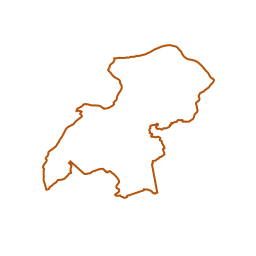 Breves, Pará, Brazil, rotated 73°
{"feature_id": "56859067B92233962013090", "entity_name": "Breves", "entity_type": "district", "adm_level": 2, "iso_a3": "BRA", "parent_name": "Brazil", "parent_adm1": "Pará", "projection": "equal_earth", "projection_center": [-50.568, -1.157], "detail": "fine", "context": "isolated", "style": "outline", "palette": "amber", "viewbox_px": 256, "rotation_deg": 73, "n_neighbors": 0, "source": "geoboundaries", "source_scale": "gbopen_adm2", "svg_char_len": 5882}
<svg xmlns="http://www.w3.org/2000/svg" viewBox="0 0 256 256"><g transform="rotate(73 128 128)"><path d="M70.8,54.7L69.8,55.3L68.4,55.8L66.9,56.8L65.9,57.0L64.7,57.8L63.8,58.9L63.1,60.0L60.8,64.2L60.7,64.9L60.4,66.5L60.1,68.6L60.0,71.6L60.1,73.4L60.7,79.6L61.0,81.2L61.7,83.5L62.0,85.4L62.2,87.5L62.6,89.4L62.6,90.7L62.4,92.6L62.5,94.2L62.3,95.2L62.3,96.1L61.8,98.2L61.6,99.9L61.7,101.4L60.8,104.2L60.9,106.6L60.8,107.3L60.2,108.5L60.0,110.6L59.4,112.8L59.3,113.5L58.4,115.6L58.2,116.6L58.0,118.2L57.7,119.6L57.4,120.7L58.3,120.8L59.0,121.1L60.2,122.1L61.0,123.2L61.6,124.4L62.1,125.8L62.5,126.5L62.9,127.0L64.3,127.8L65.2,128.6L65.6,129.1L66.5,130.0L67.2,130.0L67.8,129.7L70.2,128.4L72.9,127.5L74.7,126.5L75.9,125.6L78.6,123.0L80.0,122.1L80.9,122.0L82.7,122.4L84.8,121.9L85.6,121.8L86.5,121.9L88.1,122.4L90.1,124.2L92.2,126.9L92.9,127.4L93.8,128.5L94.9,129.3L96.3,129.9L97.8,130.9L98.2,131.6L98.5,132.6L99.2,133.9L99.4,134.2L99.8,134.4L101.0,134.3L101.3,134.5L101.5,134.8L102.4,137.2L102.7,138.6L103.0,140.6L103.1,142.2L102.8,144.2L102.6,145.3L101.9,145.4L101.5,146.2L100.0,147.2L98.6,148.7L97.9,149.9L96.9,152.4L96.3,154.7L95.6,156.4L95.0,157.5L94.1,158.7L93.6,159.9L92.9,160.7L92.9,161.4L92.8,162.0L92.5,162.4L92.5,163.4L92.6,163.9L92.9,164.1L93.2,164.6L94.0,166.5L94.5,169.8L94.8,170.7L95.0,171.1L96.2,172.1L96.7,172.3L96.7,171.7L97.0,170.3L97.8,169.0L97.9,168.6L98.2,168.1L98.8,167.6L99.1,167.8L99.5,168.6L99.8,169.0L100.1,169.4L100.6,169.7L102.0,168.8L103.4,168.6L104.1,169.9L104.5,171.3L105.6,174.2L106.9,177.0L108.0,178.3L108.5,179.2L109.4,184.7L109.8,185.7L110.7,187.4L112.2,189.0L113.6,190.2L115.1,191.9L116.6,193.2L118.3,195.3L119.1,196.5L120.8,198.0L121.7,199.0L122.1,199.8L123.5,201.0L124.2,202.1L124.9,203.2L125.2,204.2L126.0,206.1L127.0,209.5L127.7,211.0L128.0,211.2L129.5,211.8L130.4,212.3L131.0,212.9L132.5,215.2L133.0,215.6L133.4,215.6L134.6,215.1L135.1,215.1L135.7,215.5L136.8,216.7L137.2,217.4L138.6,219.2L139.6,220.2L141.0,220.8L141.3,220.8L141.8,220.4L142.5,220.2L142.9,220.3L144.3,221.2L144.7,221.3L148.0,222.3L149.8,222.7L152.4,223.7L153.8,224.0L156.1,224.0L157.1,223.8L158.8,224.0L160.7,224.0L162.8,224.2L163.1,223.9L163.3,222.4L163.2,221.7L162.4,220.7L161.7,220.3L161.5,219.3L160.9,217.7L159.7,215.3L159.2,213.4L159.0,212.7L157.4,210.5L157.3,210.0L157.4,209.4L158.0,206.8L158.1,206.1L157.9,203.7L157.7,203.1L155.6,199.2L154.6,198.0L154.4,197.3L154.4,196.3L154.3,195.6L153.8,195.3L152.8,195.7L152.0,195.2L150.9,195.1L150.4,194.9L148.8,193.9L148.5,193.5L148.1,193.3L147.4,193.4L146.7,192.9L146.4,193.2L146.0,193.4L145.4,194.0L145.1,194.2L144.7,194.1L144.1,194.6L143.7,193.6L143.1,192.8L159.0,183.3L159.7,181.4L159.9,180.6L159.9,180.0L159.8,179.3L160.3,177.2L159.4,175.4L159.2,173.1L159.3,171.9L159.2,171.5L159.1,168.8L158.9,168.5L159.1,168.0L159.1,166.9L159.3,166.5L159.3,165.5L159.4,165.0L159.5,164.6L159.6,164.1L160.0,163.6L160.6,163.5L160.9,163.1L162.5,162.4L162.8,162.1L163.0,161.7L163.3,162.0L163.6,161.9L164.0,161.6L164.1,160.8L164.4,160.3L163.8,158.0L164.8,157.2L166.5,156.3L168.2,154.9L169.8,154.2L171.0,153.5L174.1,152.4L175.6,152.1L176.5,152.2L177.0,152.3L177.3,152.5L177.9,153.1L179.9,155.8L181.2,156.5L182.1,156.4L183.3,155.3L183.9,154.7L184.3,154.6L184.7,154.5L185.4,154.7L186.1,155.2L186.6,155.9L187.4,158.6L187.8,159.7L188.3,159.8L189.0,159.4L189.2,159.1L189.9,157.3L190.2,155.3L190.9,155.0L191.5,154.5L192.1,153.9L192.6,153.1L192.9,152.7L193.5,152.3L193.9,151.8L193.7,149.2L192.7,148.8L192.2,131.3L191.9,131.2L191.2,130.6L191.9,129.5L192.4,127.6L192.7,127.1L193.9,125.8L194.0,125.3L194.3,124.8L195.9,123.7L196.5,123.4L196.9,123.5L197.2,123.3L197.6,122.5L198.2,122.2L198.6,121.7L198.6,121.2L198.2,120.2L198.5,119.3L198.4,118.9L169.7,115.7L169.3,114.9L168.7,114.4L167.9,114.5L167.1,114.2L166.8,113.9L166.8,113.2L167.3,111.7L167.2,111.1L166.6,110.2L166.1,107.7L165.9,107.2L165.1,106.2L165.3,104.5L164.7,103.3L164.6,102.3L164.2,101.9L164.1,101.3L163.8,100.8L162.8,100.7L161.9,100.5L161.2,100.8L160.1,100.9L158.9,100.9L158.3,100.6L158.1,100.1L158.3,99.7L158.2,99.1L157.8,99.0L156.2,98.9L152.6,99.9L151.3,99.7L150.6,99.7L150.2,99.9L149.3,100.9L148.8,101.1L148.5,101.0L147.8,100.4L147.3,100.1L146.8,100.1L146.4,100.4L145.4,101.5L145.1,102.0L145.0,102.7L144.9,104.3L144.8,105.0L144.1,105.8L143.8,106.3L143.2,108.2L142.9,108.4L142.5,108.2L141.7,107.2L141.2,106.7L140.8,106.7L140.4,106.8L140.1,107.3L139.8,108.2L139.4,108.6L139.1,108.7L137.8,108.0L136.8,108.2L136.0,108.2L134.6,106.5L133.1,106.5L132.8,106.2L132.5,105.6L132.4,104.9L132.6,102.8L133.0,101.4L133.0,100.7L132.8,100.0L132.4,99.4L132.4,98.9L132.7,98.4L133.5,98.3L133.9,98.5L134.1,98.9L134.5,99.9L135.1,100.7L135.5,101.0L136.0,101.0L137.3,100.3L137.6,99.9L137.8,98.2L138.0,97.8L138.3,97.3L139.3,96.5L139.4,96.1L139.5,95.6L139.3,95.2L138.7,94.4L138.7,93.6L139.3,92.7L139.4,92.1L139.3,89.8L138.7,87.6L138.5,87.3L138.1,87.2L137.7,87.3L137.4,87.1L137.3,86.5L137.5,85.9L137.2,85.4L136.0,85.2L135.8,84.9L135.9,84.5L136.4,83.7L136.4,83.1L136.0,82.3L136.1,81.5L136.4,79.8L136.0,79.3L135.6,78.9L135.3,78.5L135.1,77.9L135.0,77.4L135.7,76.3L136.3,73.7L136.6,73.5L137.4,74.1L137.8,74.0L138.1,73.3L138.2,72.3L138.5,71.8L138.8,71.5L138.9,70.4L139.5,68.8L139.7,67.8L139.7,67.4L139.2,66.5L138.5,63.4L137.1,61.9L135.3,60.9L134.7,60.3L134.0,59.6L133.5,58.3L132.6,56.9L131.5,56.3L129.4,56.2L127.7,55.9L124.5,55.9L123.7,55.3L123.2,54.3L122.7,52.4L122.4,52.0L121.6,51.4L120.6,51.0L119.3,51.0L118.6,51.2L118.1,51.0L116.8,49.9L115.8,48.9L115.6,48.4L115.4,46.3L115.1,44.7L114.4,43.6L114.0,42.5L112.9,39.2L112.2,38.0L110.9,36.5L110.0,34.6L109.0,33.0L107.7,32.0L107.4,31.8L107.0,31.8L106.3,32.1L105.8,32.4L105.3,33.0L103.9,34.0L102.7,34.5L99.2,35.2L98.4,35.5L97.7,35.8L96.5,36.6L90.7,39.0L88.5,40.1L87.9,40.6L85.8,41.8L84.7,42.8L84.4,43.2L84.1,43.4L82.7,45.1L81.1,47.8L80.0,50.1L78.7,51.7L78.1,52.0L77.1,52.9L76.5,53.2L76.3,53.4L75.1,53.9L72.4,54.7L70.8,54.7Z" fill="none" stroke="#b45309" stroke-width="2"/></g></svg>